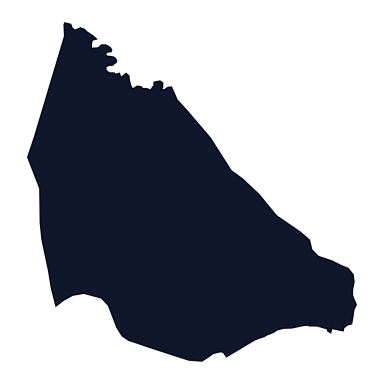 Kaiama, Kwara, Nigeria
{"feature_id": "59680162B83662033692716", "entity_name": "Kaiama", "entity_type": "district", "adm_level": 2, "iso_a3": "NGA", "parent_name": "Nigeria", "parent_adm1": "Kwara", "projection": "orthographic", "projection_center": [4.157, 9.519], "detail": "fine", "context": "isolated", "style": "filled", "palette": "ink", "viewbox_px": 384, "rotation_deg": 0, "n_neighbors": 0, "source": "geoboundaries", "source_scale": "gbopen_adm2", "svg_char_len": 1909}
<svg xmlns="http://www.w3.org/2000/svg" viewBox="0 0 384 384"><path d="M56.0,305.9L63.4,300.2L67.4,298.0L67.9,297.7L72.7,295.1L83.9,293.2L94.5,296.0L98.4,297.1L101.5,297.9L108.5,305.4L110.8,311.4L116.8,327.1L118.9,330.5L122.4,336.0L128.9,340.3L134.4,342.1L147.0,346.4L160.1,350.7L165.6,352.5L188.8,360.0L201.8,361.0L207.8,357.2L213.0,353.4L220.9,351.5L223.6,352.5L224.7,354.0L226.4,356.7L254.6,339.8L259.3,338.0L264.0,336.5L267.6,334.5L272.8,332.6L277.0,329.9L283.6,328.1L291.4,327.9L302.9,325.5L307.6,325.0L308.8,325.5L309.5,325.8L315.5,325.8L317.5,325.9L327.5,328.8L327.8,330.9L330.6,332.7L331.6,328.3L343.1,330.7L343.7,327.7L347.6,324.8L351.5,323.8L352.6,318.0L353.8,309.5L356.2,304.8L352.4,295.7L352.4,289.7L353.9,282.0L353.1,274.8L348.0,268.4L343.6,266.7L340.9,265.6L332.2,261.2L318.3,256.5L311.6,249.7L309.4,240.1L299.9,232.0L276.6,216.0L273.0,211.7L259.4,195.1L259.2,194.8L242.2,178.8L231.1,170.8L210.5,138.4L206.4,133.5L205.9,132.9L203.3,129.9L188.6,112.7L187.6,111.5L177.0,99.9L171.4,87.1L168.5,87.4L167.9,87.5L163.9,90.3L161.2,89.1L162.4,87.5L162.7,83.1L160.0,81.1L154.1,82.3L154.1,85.5L150.5,90.3L149.7,90.3L148.9,89.5L146.6,88.7L142.6,88.7L141.0,86.7L137.1,86.3L133.5,88.7L132.0,88.7L131.6,87.5L130.4,85.1L129.2,79.9L128.8,75.9L126.0,73.5L123.7,75.5L120.9,77.5L120.1,75.9L119.3,73.4L115.5,74.5L114.0,73.0L111.5,73.0L109.1,73.0L106.1,70.5L105.6,67.0L108.1,65.5L113.0,65.0L113.5,64.0L116.0,62.5L116.5,60.5L115.0,58.0L113.0,57.0L110.1,56.5L107.6,56.5L105.6,55.0L105.6,54.0L106.1,53.0L107.6,52.0L111.1,51.5L111.6,50.0L110.1,47.5L105.6,45.0L101.7,45.0L101.2,45.4L98.2,48.0L91.3,48.5L91.3,43.5L92.3,40.0L96.3,39.0L94.3,37.2L92.3,35.5L89.9,34.0L86.9,32.0L84.4,29.5L81.8,28.5L80.5,27.9L75.1,30.4L72.1,28.2L70.6,24.4L64.9,23.0L64.2,24.6L64.7,36.2L40.7,116.4L34.6,136.9L27.8,157.2L39.9,188.5L40.4,223.2L42.0,239.1L48.8,271.4L51.5,288.2L56.0,305.9Z" fill="#0f172a" stroke="#020617" stroke-width="1.5"/></svg>